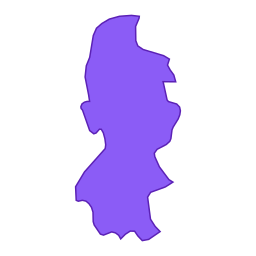 outline of Lecco
{"feature_id": "ITA-5453", "entity_name": "Lecco", "entity_type": "Province", "adm_level": 1, "iso_a3": "ITA", "parent_name": "Italy", "parent_adm1": "", "projection": "robinson", "projection_center": [9.388, 45.907], "detail": "fine", "context": "isolated", "style": "filled", "palette": "violet", "viewbox_px": 256, "rotation_deg": 0, "n_neighbors": 0, "source": "natural_earth", "source_scale": "10m", "svg_char_len": 1157}
<svg xmlns="http://www.w3.org/2000/svg" viewBox="0 0 256 256"><path d="M175.7,81.8L163.1,81.7L167.1,100.0L168.5,101.6L176.7,104.0L179.6,107.1L180.4,110.8L179.8,114.8L178.2,118.9L173.2,127.0L172.0,129.9L170.9,138.6L169.8,141.3L166.3,144.5L157.1,149.3L154.3,153.2L154.8,156.7L159.4,166.9L168.9,179.6L172.9,182.1L165.4,186.9L150.6,192.3L147.6,197.1L150.5,219.2L155.1,226.4L160.1,231.6L148.7,239.4L142.3,240.6L137.9,236.0L134.6,231.2L130.2,231.1L125.4,234.2L120.7,238.9L118.7,235.3L115.5,232.9L111.7,231.9L103.5,235.1L100.4,234.1L94.2,225.0L93.2,221.6L93.0,212.2L91.5,207.4L88.9,203.6L85.9,201.1L82.4,200.3L78.3,201.2L76.2,200.3L75.6,186.7L84.5,171.9L105.2,148.6L105.7,144.8L104.9,138.7L103.3,132.8L101.3,129.3L99.4,129.2L96.1,133.0L93.8,133.8L89.7,130.6L82.7,110.6L82.1,109.5L81.4,108.9L81.0,108.1L80.9,106.6L82.0,103.9L84.4,102.2L87.1,101.4L89.6,101.4L88.6,94.8L85.1,77.0L86.3,65.8L89.7,57.4L93.3,35.5L96.5,28.2L101.9,23.5L109.3,19.1L119.4,16.3L123.2,16.0L131.5,15.4L139.3,16.3L139.0,18.4L135.6,26.5L135.8,40.7L137.8,45.9L143.1,49.5L163.7,55.7L169.4,59.1L167.5,65.1L170.1,69.9L173.8,75.0L175.7,81.8Z" fill="#8b5cf6" stroke="#5b21b6" stroke-width="1.5"/></svg>